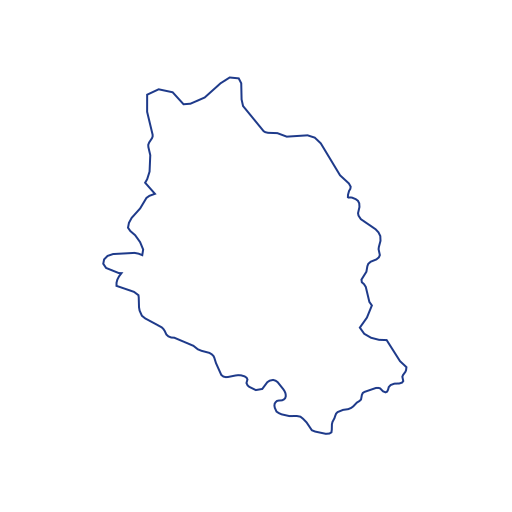 Gers, Robinson projection, rotated 227°
{"feature_id": "FRA-5294", "entity_name": "Gers", "entity_type": "Metropolitan department", "adm_level": 1, "iso_a3": "FRA", "parent_name": "France", "parent_adm1": "", "projection": "robinson", "projection_center": [0.302, 43.692], "detail": "fine", "context": "isolated", "style": "outline", "palette": "blue", "viewbox_px": 512, "rotation_deg": 227, "n_neighbors": 0, "source": "natural_earth", "source_scale": "10m", "svg_char_len": 2595}
<svg xmlns="http://www.w3.org/2000/svg" viewBox="0 0 512 512"><g transform="rotate(227 256 256)"><path d="M161.8,315.8L158.5,315.2L145.1,307.6L140.8,307.0L135.3,295.1L132.8,283.1L125.3,282.1L117.7,284.4L110.8,288.8L105.4,294.2L80.9,289.6L72.1,290.2L70.1,287.8L69.4,286.2L68.7,282.4L67.9,280.7L64.1,278.4L63.8,276.5L65.0,273.9L68.3,270.1L69.8,266.5L69.6,263.7L68.2,261.5L67.4,259.4L67.9,257.8L70.4,256.6L74.5,256.5L75.9,255.7L77.7,253.7L82.6,242.7L83.0,240.7L82.2,238.7L80.7,236.7L79.4,234.9L79.4,232.7L80.0,229.8L79.7,224.6L80.0,222.0L81.1,219.0L84.1,214.7L86.2,209.2L86.1,207.1L85.1,205.0L83.9,202.8L82.5,198.8L81.2,196.8L77.3,193.0L75.6,190.9L76.1,188.6L78.3,185.8L87.3,179.5L90.5,178.0L99.8,179.5L104.9,179.4L108.2,178.9L111.2,176.7L116.2,171.2L122.8,166.7L125.4,165.6L128.2,164.9L132.1,166.2L134.0,167.4L135.3,169.0L135.7,170.7L135.7,172.5L134.8,174.0L132.7,176.6L132.1,178.4L132.1,180.3L133.1,182.1L134.4,183.2L135.7,184.0L137.7,184.7L139.9,185.1L149.0,185.8L151.4,185.3L153.7,184.0L155.5,181.0L156.0,178.2L154.5,169.9L156.9,166.2L158.1,164.4L165.0,161.8L167.1,161.6L169.6,162.4L171.5,165.5L173.3,166.1L175.7,165.6L178.9,163.7L181.0,161.7L182.6,159.5L186.6,153.0L188.0,151.3L190.1,149.9L192.7,149.5L205.0,153.7L210.0,156.1L211.8,156.7L214.3,156.6L217.0,155.8L223.8,151.5L227.5,149.8L232.9,149.0L252.0,140.5L254.2,138.4L257.0,137.1L259.7,136.9L263.4,138.1L265.8,138.5L268.1,138.4L285.9,132.4L290.1,131.8L295.4,133.6L298.2,135.4L305.7,142.0L307.5,143.3L313.0,142.3L329.3,133.6L331.6,135.8L333.3,138.5L334.5,141.9L335.2,145.9L337.1,144.0L349.5,138.2L354.5,139.0L357.1,142.6L357.3,147.5L354.9,152.8L341.1,169.3L337.8,171.7L334.2,173.4L337.7,177.9L345.2,180.7L353.6,181.8L360.0,181.1L364.0,181.7L366.9,185.7L368.7,191.1L369.8,203.7L373.2,215.5L372.7,219.1L370.4,224.5L385.2,224.9L386.4,228.8L390.3,235.7L401.8,247.4L409.1,251.6L410.8,253.0L411.9,255.3L413.1,260.3L413.9,261.9L415.2,263.1L435.7,274.7L448.2,286.4L444.3,298.5L432.6,306.7L416.4,306.5L412.1,311.9L406.9,326.6L406.5,347.9L404.5,358.5L397.7,364.5L392.4,363.0L380.3,352.2L374.5,348.8L342.1,346.7L340.3,347.2L337.9,348.8L331.3,355.4L322.3,359.9L309.1,376.0L302.5,379.7L294.2,380.2L257.7,372.5L245.7,373.4L242.1,372.5L240.8,370.8L240.1,368.4L238.0,365.0L236.3,363.3L235.5,363.6L234.7,364.7L233.3,366.0L229.6,367.7L226.8,368.2L224.1,367.4L221.3,365.1L217.7,359.8L215.6,358.5L211.4,357.8L194.0,361.7L189.8,361.7L185.8,360.5L182.2,357.4L178.8,352.0L177.4,350.3L172.2,347.2L171.2,344.9L171.4,341.7L173.6,336.0L173.7,332.8L172.6,330.5L169.2,326.0L166.8,317.0L164.6,315.5L161.8,315.8Z" fill="none" stroke="#1e3a8a" stroke-width="2"/></g></svg>